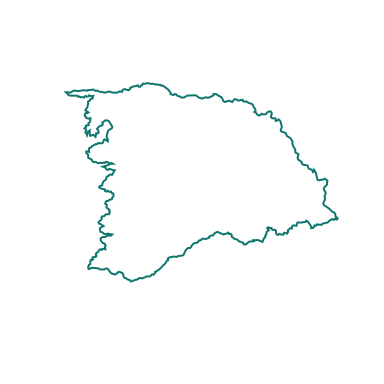 Taguatinga, Tocantins, Brazil, rotated 195°
{"feature_id": "56859067B84121819426000", "entity_name": "Taguatinga", "entity_type": "district", "adm_level": 2, "iso_a3": "BRA", "parent_name": "Brazil", "parent_adm1": "Tocantins", "projection": "mercator", "projection_center": [-46.525, -12.349], "detail": "fine", "context": "isolated", "style": "outline", "palette": "teal", "viewbox_px": 384, "rotation_deg": 195, "n_neighbors": 0, "source": "geoboundaries", "source_scale": "gbopen_adm2", "svg_char_len": 6055}
<svg xmlns="http://www.w3.org/2000/svg" viewBox="0 0 384 384"><g transform="rotate(195 192 192)"><path d="M140.1,288.2L140.7,286.3L143.6,285.3L145.0,285.6L145.7,284.3L146.9,283.4L148.4,283.3L150.5,284.7L151.2,285.7L152.4,285.6L151.8,286.8L152.1,288.0L152.9,289.0L154.3,289.8L155.2,291.2L156.7,292.5L160.6,292.8L163.3,293.6L165.0,292.7L166.5,293.1L167.2,294.2L171.0,292.2L172.1,292.8L174.9,292.7L176.5,289.3L179.8,289.8L183.8,287.4L185.1,287.9L187.3,290.5L188.5,291.3L191.6,291.9L193.2,292.7L195.2,292.5L196.6,292.2L196.3,290.9L199.2,288.2L201.2,287.1L203.4,287.0L206.5,284.8L209.5,284.9L212.8,286.2L214.1,286.2L221.5,283.9L224.4,281.1L227.1,280.5L228.6,281.1L231.5,281.3L232.8,282.3L234.2,282.0L235.2,280.7L238.2,281.1L238.6,282.6L242.1,285.1L247.6,287.2L249.0,286.7L250.0,287.4L252.6,286.7L253.9,286.9L255.4,286.3L257.3,286.5L260.9,285.6L262.7,285.8L266.2,284.1L267.5,284.0L267.8,282.4L268.9,281.5L269.2,280.3L270.7,279.9L272.0,281.0L273.4,279.9L276.5,278.5L277.4,277.5L278.6,276.8L278.4,275.6L279.4,274.0L281.5,273.7L283.3,274.0L284.6,273.5L285.4,272.5L285.5,270.6L287.8,270.5L290.1,268.5L294.8,267.4L297.8,267.7L301.9,265.4L305.4,265.3L306.8,264.9L309.7,265.4L311.2,264.7L313.9,265.4L317.8,263.7L318.9,263.6L319.8,262.6L322.9,262.3L328.3,259.9L331.7,259.6L333.0,258.9L334.9,256.7L339.5,255.8L336.3,253.6L335.0,253.5L327.7,255.3L326.7,254.5L325.6,255.1L324.4,254.6L323.0,255.2L320.6,255.3L319.8,257.2L318.2,256.9L316.9,257.5L316.5,258.7L313.7,258.5L312.3,259.2L312.3,256.5L314.1,255.8L314.3,253.9L315.8,252.4L315.2,250.7L315.0,246.3L315.9,245.0L316.1,243.4L312.6,242.1L313.7,240.9L315.0,240.9L315.6,239.4L315.3,237.7L314.0,237.2L313.3,236.2L310.6,236.1L309.3,237.1L308.6,234.2L309.0,232.7L309.9,231.5L309.1,229.8L311.7,228.6L311.2,227.2L312.3,225.7L310.8,225.2L310.1,224.3L310.4,223.0L310.2,221.6L309.0,221.2L308.1,219.8L308.0,223.2L306.7,225.0L306.0,222.3L304.8,219.9L302.0,221.8L299.5,220.3L299.7,224.0L298.4,224.1L297.5,225.1L298.6,227.3L300.1,228.3L299.5,229.9L297.8,232.2L296.0,233.0L295.7,234.5L296.6,235.7L294.3,238.8L292.2,239.2L290.3,238.7L285.8,234.3L285.9,232.9L288.7,229.9L289.0,228.4L288.9,223.4L286.9,221.0L286.5,219.1L289.9,220.3L290.7,219.3L290.8,216.6L291.8,215.6L295.3,215.1L295.9,213.7L297.3,213.4L300.7,210.1L301.0,208.8L302.5,208.1L302.6,206.2L301.7,204.1L303.3,204.2L304.7,203.6L304.2,202.3L301.9,201.1L301.6,199.4L300.8,198.0L297.8,197.6L295.5,195.5L292.4,196.0L290.3,195.5L287.3,196.7L286.1,196.6L284.7,197.8L283.4,197.7L282.6,199.0L281.2,199.0L278.0,198.1L280.7,195.8L284.6,193.4L282.0,193.2L279.9,191.5L278.7,191.7L277.8,193.0L273.7,192.7L272.3,193.0L273.7,187.8L275.0,187.9L276.3,187.2L277.0,185.6L278.2,185.0L278.5,183.4L278.2,182.0L280.2,179.5L280.7,176.7L280.4,175.1L282.8,173.7L282.9,172.5L281.4,171.8L276.5,171.9L276.1,170.4L274.4,170.4L273.8,171.5L271.6,170.7L270.3,171.4L269.1,170.1L267.7,170.2L266.9,168.6L266.8,167.3L267.5,166.3L267.6,164.2L269.7,163.1L270.9,161.5L272.1,161.2L272.8,159.9L272.8,158.2L270.9,157.6L270.8,155.5L269.7,154.3L267.2,153.6L267.2,152.3L266.2,151.6L266.4,149.1L269.5,148.1L270.5,146.0L272.5,145.1L272.9,143.8L272.1,142.5L274.5,138.5L273.6,137.4L271.6,137.3L268.6,136.2L271.4,133.6L271.4,132.3L270.1,129.9L267.5,129.7L266.1,128.8L264.7,128.9L262.5,130.0L258.1,130.3L258.9,128.9L261.8,128.2L264.3,126.2L266.9,125.1L268.3,123.7L267.6,121.5L264.8,119.5L263.1,119.6L261.5,117.9L262.0,116.6L260.8,114.3L263.9,114.0L264.2,112.7L265.9,112.9L266.9,111.4L267.2,109.7L268.6,108.3L268.7,106.3L267.8,105.6L268.1,104.5L270.9,103.3L271.2,102.1L270.1,101.2L271.1,100.3L272.4,100.0L271.6,96.0L272.7,95.0L272.8,92.1L271.9,90.8L269.5,92.6L267.9,93.1L262.9,94.0L261.4,93.5L259.9,93.6L256.7,94.5L255.6,95.7L253.8,96.1L249.0,92.5L245.1,92.4L244.0,93.2L242.4,95.7L241.0,96.1L238.0,95.6L235.5,91.9L234.2,91.5L233.0,91.6L231.9,90.9L229.2,90.8L228.1,89.8L226.8,90.2L225.6,91.4L221.7,93.7L220.9,95.0L219.4,95.6L217.8,95.6L213.6,98.9L210.7,99.6L209.2,102.1L207.7,102.2L206.6,104.4L206.9,105.6L205.7,106.2L204.0,108.3L202.4,110.5L201.1,113.4L199.5,115.5L198.7,118.7L197.4,119.9L198.1,121.3L197.1,122.8L193.2,124.9L190.1,125.3L188.4,126.8L185.5,127.8L184.0,128.8L182.9,134.5L181.2,137.0L179.8,137.1L178.6,138.3L178.5,139.9L177.3,142.4L175.8,143.6L174.5,143.9L173.1,145.4L172.8,146.9L171.5,147.4L169.6,149.7L166.5,150.2L163.5,152.3L163.8,153.4L162.0,155.1L160.4,155.4L159.5,158.0L157.2,160.1L150.9,159.1L147.6,160.9L146.4,162.2L145.2,161.1L143.8,161.6L142.5,160.8L142.0,159.0L140.3,158.6L139.1,157.7L136.2,157.8L133.7,156.5L129.3,156.2L128.5,154.8L127.1,155.1L125.8,156.0L124.4,158.4L123.2,159.2L119.5,160.4L120.3,161.3L115.7,162.7L111.0,162.0L110.5,166.0L109.5,167.3L110.0,168.9L109.3,170.2L109.6,172.7L107.9,174.9L110.1,176.6L109.3,177.6L107.8,177.3L106.0,177.8L105.2,176.6L103.8,176.4L102.1,177.0L101.1,176.4L99.5,173.1L97.8,172.8L96.7,174.2L95.2,174.0L92.7,174.4L92.6,176.3L91.0,177.0L89.5,176.3L88.8,178.4L89.5,179.7L87.8,182.4L86.1,182.6L86.5,184.0L86.2,185.5L84.3,186.3L82.4,186.4L82.2,189.9L78.7,190.7L74.6,192.5L74.2,193.9L72.7,193.5L71.1,192.3L67.7,189.3L67.6,188.0L66.1,188.4L65.1,189.7L65.0,191.4L63.4,191.6L63.0,193.1L61.7,193.0L60.3,193.6L58.4,193.7L57.7,195.2L53.0,197.7L52.0,199.7L49.6,202.1L47.7,201.8L46.8,203.3L44.9,202.9L44.5,204.2L47.1,205.7L48.1,208.1L49.5,209.0L51.4,209.2L55.6,211.6L61.1,213.5L62.0,214.4L62.3,215.6L61.6,219.3L61.8,220.5L62.8,221.8L62.5,224.7L62.9,226.4L65.1,228.3L65.6,229.5L65.3,230.8L63.4,234.3L64.2,236.6L64.1,238.0L67.2,239.3L69.1,237.5L70.8,237.2L71.9,236.3L73.2,236.1L74.4,237.0L77.2,242.5L79.6,244.8L79.4,243.3L80.3,242.5L81.9,244.5L85.4,244.8L87.2,247.4L89.0,247.5L90.8,247.1L92.4,247.4L93.4,248.0L93.9,249.4L97.9,250.8L98.8,252.0L98.9,256.0L100.0,256.5L101.5,256.5L102.6,257.4L103.3,259.8L106.6,263.0L107.6,264.7L108.0,266.8L109.1,267.9L110.8,269.5L114.9,270.7L116.8,273.2L121.4,273.6L122.4,274.8L122.0,277.5L122.3,278.8L125.2,283.6L127.1,284.5L128.4,282.9L129.5,282.3L130.5,284.7L133.8,284.0L135.2,284.8L135.2,287.8L135.6,289.2L136.5,290.0L137.9,290.0L140.1,288.2ZM278.0,198.1L277.3,199.2L275.8,198.8L278.0,198.1Z" fill="none" stroke="#0f766e" stroke-width="2"/></g></svg>